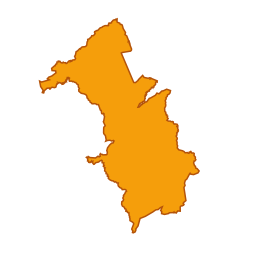 Tafí Viejo, Tucumán, Argentina (Natural Earth projection), rotated 235°
{"feature_id": "61730980B77291084066522", "entity_name": "Tafí Viejo", "entity_type": "district", "adm_level": 2, "iso_a3": "ARG", "parent_name": "Argentina", "parent_adm1": "Tucumán", "projection": "natural_earth1", "projection_center": [-65.4, -26.653], "detail": "fine", "context": "isolated", "style": "filled", "palette": "amber", "viewbox_px": 256, "rotation_deg": 235, "n_neighbors": 0, "source": "geoboundaries", "source_scale": "gbopen_adm2", "svg_char_len": 5883}
<svg xmlns="http://www.w3.org/2000/svg" viewBox="0 0 256 256"><g transform="rotate(235 128 128)"><path d="M214.6,90.2L212.6,91.2L215.2,83.6L217.1,82.5L212.0,80.2L207.6,80.1L206.2,78.1L205.2,78.8L205.1,79.2L206.5,80.6L207.0,84.5L205.8,86.6L204.9,86.2L204.6,86.5L205.1,88.4L204.9,89.2L203.1,91.1L202.9,92.4L204.7,94.6L205.0,95.3L204.6,95.4L204.8,97.0L205.1,97.0L204.5,97.4L204.4,98.2L202.8,98.9L202.6,99.8L201.6,99.1L201.1,100.0L201.1,101.0L201.7,100.7L202.0,101.6L201.8,102.0L201.9,103.1L201.5,103.2L201.9,103.6L201.7,103.7L201.3,104.1L202.8,104.5L202.5,105.3L203.0,105.3L203.3,106.0L203.0,106.2L203.7,106.8L203.3,107.1L204.1,107.3L203.5,108.3L202.4,108.7L201.6,107.2L201.7,107.5L199.9,106.9L198.7,108.8L197.7,109.1L197.6,109.8L196.0,110.5L195.2,111.3L193.1,111.4L192.2,112.0L189.9,110.8L188.2,110.8L187.7,109.6L186.2,108.8L183.3,109.6L181.0,111.7L179.4,112.6L177.7,112.6L176.1,111.7L175.1,112.1L173.6,111.6L172.3,112.3L170.6,111.8L169.6,112.5L168.8,112.3L167.9,113.1L167.3,114.4L166.1,115.6L165.1,115.8L164.1,117.2L158.5,115.6L157.8,116.1L155.1,114.8L154.5,114.9L153.9,115.6L154.0,116.4L153.5,116.5L152.0,115.5L150.9,115.4L147.8,112.3L147.3,111.4L142.9,110.6L142.6,108.9L142.1,108.2L138.3,105.4L137.2,104.9L134.7,105.1L130.7,103.3L130.0,102.2L129.5,104.2L128.3,106.2L126.7,107.2L126.2,108.9L125.4,109.1L124.3,107.2L125.0,105.9L124.6,103.1L123.5,99.9L121.6,97.6L120.1,97.3L118.5,95.7L118.4,95.1L120.4,92.0L121.5,91.6L121.9,90.7L122.8,90.6L122.2,89.6L120.8,89.1L120.9,87.8L122.1,87.3L122.1,84.2L125.7,79.8L127.4,79.1L126.8,78.2L127.8,77.7L127.8,77.1L126.3,77.7L126.1,77.1L125.3,77.0L124.2,76.0L123.8,76.5L122.4,76.1L121.7,76.8L121.8,77.5L121.3,77.7L121.7,78.9L120.6,78.3L121.4,79.3L121.0,80.0L120.7,79.2L120.2,79.4L119.8,79.0L117.9,79.1L117.7,79.5L118.1,81.7L117.0,84.4L117.1,86.4L116.8,87.8L116.2,88.1L114.4,86.9L113.3,88.1L113.0,87.5L112.4,87.4L112.0,86.9L111.1,87.0L111.2,86.4L110.8,85.8L108.5,86.4L108.4,85.6L107.8,85.6L106.3,84.3L104.2,84.7L103.2,83.8L102.0,84.6L101.0,84.5L101.0,83.9L100.4,83.4L99.3,84.1L98.1,83.0L96.3,83.3L94.3,84.3L93.0,85.6L91.5,85.9L91.1,87.0L89.3,87.4L88.5,88.5L87.5,87.4L86.1,86.8L84.0,87.1L82.2,88.1L80.8,87.9L79.4,90.3L78.4,90.8L77.0,90.5L77.0,89.1L76.1,88.0L75.4,85.6L74.7,85.4L73.6,83.6L72.0,83.4L71.1,82.0L71.2,80.7L69.3,79.1L67.3,78.6L65.1,79.5L63.7,79.0L63.0,79.7L61.4,79.4L61.2,79.0L61.4,78.8L61.0,78.5L59.9,79.6L59.4,79.2L58.4,79.5L58.1,80.1L55.5,78.6L54.7,78.7L53.8,77.9L53.1,77.9L51.0,76.5L48.4,77.7L46.7,78.0L45.9,77.3L43.3,73.4L42.6,72.9L40.9,73.0L39.8,71.7L39.1,72.2L38.8,74.3L40.0,76.1L40.8,76.4L42.0,80.0L47.0,86.0L45.7,91.5L45.0,100.2L45.0,103.8L43.9,106.0L44.2,108.9L43.8,110.9L41.6,107.4L40.3,107.7L38.6,106.4L36.3,108.3L34.6,112.3L34.9,113.2L32.7,116.6L32.8,117.4L32.1,117.1L31.7,118.2L30.7,118.7L31.5,121.1L29.9,123.1L33.3,125.4L33.6,126.0L33.6,127.1L33.0,128.1L33.2,128.6L32.9,129.1L33.2,130.0L34.7,130.0L35.1,131.2L35.3,133.8L47.2,139.7L48.2,141.8L50.4,142.6L52.3,145.0L52.4,146.8L55.4,152.7L55.2,153.1L54.2,152.9L52.2,155.0L51.1,159.6L52.0,161.6L55.2,161.3L56.3,160.5L58.0,161.3L59.0,160.9L61.7,161.7L63.0,163.2L62.6,163.7L63.1,165.4L64.3,165.5L65.5,166.5L67.5,166.3L69.2,167.6L70.2,167.1L70.7,166.0L72.8,166.0L72.8,165.4L72.3,165.1L73.1,164.4L72.3,163.4L72.9,162.8L73.8,162.6L74.9,160.6L76.6,160.4L78.1,159.6L81.0,157.1L83.4,156.9L85.1,158.5L86.2,158.6L88.1,160.0L90.2,160.7L90.6,161.8L91.4,162.5L93.8,162.8L94.2,164.1L95.6,164.8L95.7,165.4L96.3,165.5L96.2,166.3L96.7,167.5L97.3,167.3L97.7,168.1L99.1,168.4L100.7,169.7L100.8,168.9L101.2,168.8L101.9,170.2L102.8,170.4L104.1,169.2L104.7,168.1L106.2,168.0L107.0,168.6L107.8,168.2L108.4,166.9L109.4,166.6L110.4,165.1L112.0,164.3L112.7,166.3L114.1,166.2L115.0,167.3L116.2,166.7L116.8,167.5L117.9,167.0L119.3,168.0L120.4,167.6L123.4,169.5L124.1,171.1L125.2,172.2L126.3,172.5L127.3,173.6L129.0,174.1L130.0,176.0L131.1,176.6L131.5,178.4L132.5,179.4L132.2,180.8L132.6,182.5L134.3,184.3L137.6,181.9L138.2,178.3L138.9,176.8L138.2,173.1L140.0,171.7L139.1,169.3L139.7,163.3L140.1,162.5L138.7,158.3L139.3,157.4L139.2,155.2L139.5,154.6L139.1,153.1L139.6,151.8L139.1,151.5L138.8,149.0L139.3,148.1L141.3,151.5L141.1,153.1L140.5,154.0L141.2,154.8L141.0,156.0L140.7,156.2L141.0,157.4L142.3,158.5L142.3,159.0L143.7,159.6L143.9,160.3L144.5,160.2L144.4,161.5L145.4,161.6L145.1,162.7L146.3,163.0L146.3,163.7L146.7,163.4L146.8,163.8L146.4,164.4L146.8,164.9L146.4,165.3L146.6,166.5L146.1,166.8L147.1,167.7L146.8,168.9L147.7,170.5L147.5,171.3L146.7,171.4L147.0,171.7L146.7,172.7L147.7,173.6L147.6,174.4L148.0,175.7L149.6,176.8L149.6,177.6L149.1,178.0L149.9,178.2L149.5,178.7L149.8,179.0L155.1,175.6L155.4,174.5L155.9,175.3L156.7,174.6L157.2,173.0L160.2,170.2L162.7,170.2L161.6,164.1L161.2,163.7L160.9,160.2L162.0,158.8L193.0,165.4L193.3,165.5L193.1,166.7L189.5,174.2L189.7,175.3L190.6,176.2L196.4,177.6L196.1,177.9L198.6,178.7L198.7,177.9L199.3,178.6L204.2,179.8L206.2,179.1L207.6,180.7L212.2,181.1L215.6,182.3L216.5,182.1L217.2,181.1L218.6,181.4L220.8,179.9L221.8,180.2L223.4,181.5L223.4,180.4L224.1,180.6L224.1,179.6L224.8,177.9L224.1,174.8L223.7,174.7L224.1,173.3L224.9,172.8L224.2,171.4L223.3,171.1L223.1,170.6L225.0,168.0L225.6,165.3L225.4,164.5L226.0,162.6L225.3,159.1L226.0,157.8L225.7,156.9L226.1,156.0L225.4,155.3L224.2,155.2L223.7,153.9L223.6,152.4L224.4,151.3L223.6,149.9L223.6,148.7L223.2,147.7L223.7,145.8L222.5,145.1L221.9,143.8L219.6,141.8L219.1,140.3L219.3,139.4L220.7,136.9L220.6,135.4L220.0,134.3L220.7,133.9L220.1,130.8L220.3,129.3L217.7,126.5L217.4,125.4L215.0,124.9L214.4,123.5L215.4,121.9L215.0,120.4L215.3,119.3L215.6,120.0L216.0,120.1L216.8,118.2L216.1,114.8L216.5,114.2L217.3,114.3L218.1,113.1L219.1,112.7L218.8,112.0L219.1,111.3L220.2,110.5L221.7,110.5L222.4,109.7L221.8,109.7L222.8,107.7L221.4,106.4L221.7,105.3L220.8,104.1L221.1,103.8L220.7,99.7L218.6,98.7L216.3,101.5L214.5,100.6L214.3,95.4L215.1,92.2L214.6,90.2Z" fill="#f59e0b" stroke="#b45309" stroke-width="1.5"/></g></svg>